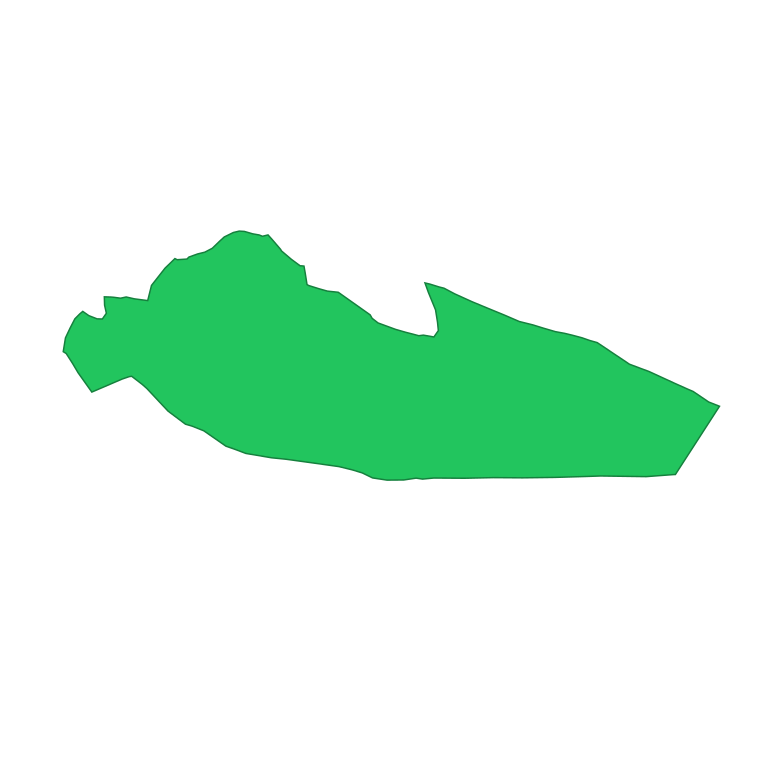 Aderbissinat, Agadez, Niger, rotated 35°
{"feature_id": "23599985B52241460380538", "entity_name": "Aderbissinat", "entity_type": "district", "adm_level": 2, "iso_a3": "NER", "parent_name": "Niger", "parent_adm1": "Agadez", "projection": "albers", "projection_center": [8.516, 16.502], "detail": "fine", "context": "isolated", "style": "filled", "palette": "green", "viewbox_px": 768, "rotation_deg": 35, "n_neighbors": 0, "source": "geoboundaries", "source_scale": "gbopen_adm2", "svg_char_len": 1713}
<svg xmlns="http://www.w3.org/2000/svg" viewBox="0 0 768 768"><g transform="rotate(35 384 384)"><path d="M149.3,558.2L166.7,530.1L171.0,524.2L172.9,522.4L186.1,523.0L192.3,523.7L210.3,527.5L222.8,530.1L244.4,530.8L250.6,528.7L263.2,525.7L290.2,525.6L298.3,523.3L310.7,520.1L334.1,509.0L346.6,502.0L368.8,490.6L394.5,477.5L407.1,472.6L417.2,469.3L428.5,467.5L441.6,461.0L455.2,451.3L464.3,442.7L470.1,439.8L478.8,432.4L503.9,415.1L527.5,397.8L551.3,381.4L577.4,362.6L602.5,343.9L614.2,335.1L651.9,309.5L672.8,292.4L674.6,291.0L671.6,209.8L660.3,212.5L641.5,212.8L635.8,214.0L621.2,216.8L606.3,219.5L593.7,221.8L584.6,224.2L573.7,227.0L534.9,227.8L527.7,230.3L519.6,232.6L510.3,236.0L502.9,238.9L494.4,242.8L482.6,246.8L472.0,250.2L459.0,255.2L443.0,258.5L426.1,262.3L408.9,266.1L390.2,269.6L378.2,271.1L373.5,272.9L364.4,275.8L359.6,277.7L367.8,283.5L383.7,293.7L392.4,302.7L397.9,309.1L397.9,316.9L395.6,317.9L388.2,321.4L384.8,324.5L379.0,326.6L372.1,329.2L362.2,332.6L350.9,335.6L344.1,337.4L336.6,337.0L333.0,335.3L293.9,335.1L284.3,340.4L276.3,343.2L265.9,346.5L263.9,346.7L255.8,338.3L250.8,333.3L249.0,334.3L247.5,335.3L236.7,335.0L223.8,333.8L222.0,333.0L209.5,329.8L203.5,328.4L199.7,332.7L196.3,333.5L190.3,336.3L182.1,339.1L177.7,341.8L173.7,346.3L168.8,355.2L167.4,361.5L165.5,371.3L161.6,378.8L156.7,384.4L151.4,391.9L150.9,394.7L143.3,400.8L140.8,401.2L138.2,414.7L137.0,436.6L142.6,451.2L130.7,457.4L122.9,460.6L119.0,464.8L113.2,467.8L110.6,469.3L104.9,473.0L109.9,479.7L116.0,485.3L116.0,492.3L111.6,495.2L103.0,497.3L95.6,497.3L94.6,501.0L93.4,507.9L94.8,518.3L96.6,528.9L102.7,541.5L106.2,541.3L116.9,545.7L127.1,550.3L149.3,558.2Z" fill="#22c55e" stroke="#15803d" stroke-width="1.5"/></g></svg>